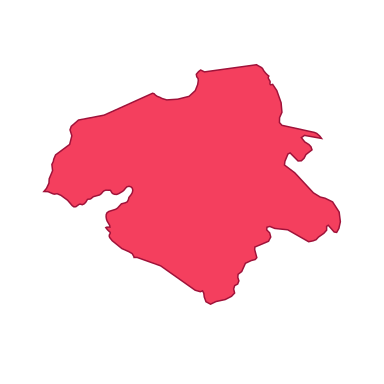 the border of Kordestan, rotated 341°
{"feature_id": "IRN-3241", "entity_name": "Kordestan", "entity_type": "Province", "adm_level": 1, "iso_a3": "IRN", "parent_name": "Iran", "parent_adm1": "", "projection": "natural_earth1", "projection_center": [46.82, 35.623], "detail": "fine", "context": "isolated", "style": "filled", "palette": "rose", "viewbox_px": 384, "rotation_deg": 341, "n_neighbors": 0, "source": "natural_earth", "source_scale": "10m", "svg_char_len": 2553}
<svg xmlns="http://www.w3.org/2000/svg" viewBox="0 0 384 384"><g transform="rotate(341 192 192)"><path d="M77.4,168.1L75.5,167.6L74.3,165.9L71.7,159.3L67.0,152.5L63.9,149.7L61.1,149.2L59.8,148.3L56.0,144.8L52.1,143.3L55.6,141.2L59.6,137.1L61.3,133.0L67.1,126.5L68.5,120.3L70.8,118.0L72.0,115.9L75.1,112.5L91.8,107.2L96.7,99.7L96.9,93.5L99.2,90.6L108.1,87.0L133.9,90.7L186.9,85.8L188.2,86.8L188.9,88.4L190.3,90.3L192.4,92.0L194.2,93.9L198.1,96.7L208.7,99.6L220.4,100.6L228.1,97.2L232.4,92.2L234.2,88.7L234.7,86.7L234.0,84.6L234.4,82.1L237.4,80.3L239.9,79.5L242.9,82.5L294.6,92.7L294.9,93.3L298.2,96.9L298.9,98.2L299.3,100.7L300.3,103.5L301.5,106.0L302.4,107.4L301.4,108.4L301.2,109.6L301.8,112.6L301.7,113.5L301.2,114.3L300.9,115.2L301.1,116.1L301.5,116.3L303.3,116.5L305.2,123.7L305.3,136.6L303.0,145.9L299.0,150.2L297.3,154.8L298.7,158.2L327.1,175.5L329.0,177.2L331.0,180.7L331.9,183.5L316.8,175.1L313.1,176.2L314.9,181.3L318.0,185.2L319.2,187.9L319.2,191.2L311.9,193.7L308.9,196.6L305.6,198.1L302.4,197.2L297.5,187.0L295.1,187.3L289.8,193.3L288.2,196.6L295.4,207.3L306.5,232.3L311.6,238.5L315.8,241.2L321.7,247.1L324.6,258.9L322.6,268.4L319.0,274.3L315.6,277.3L313.4,276.1L310.0,267.8L308.1,268.3L306.9,271.9L303.2,274.0L296.9,275.8L293.8,277.5L290.6,277.6L286.1,277.0L270.2,258.9L258.4,253.4L254.4,249.9L251.4,249.7L250.3,252.1L252.1,255.9L251.8,260.2L248.3,263.5L233.5,264.5L232.5,266.9L231.9,275.2L229.8,276.4L225.7,276.1L219.3,276.8L213.1,283.4L208.8,284.8L207.5,287.6L207.4,291.3L205.2,293.9L201.9,294.4L199.8,297.2L199.4,301.4L195.4,303.5L188.4,304.5L179.1,303.4L173.0,304.1L169.5,300.3L169.4,295.3L170.2,291.5L169.8,288.9L167.4,289.0L163.0,285.9L138.3,251.6L118.8,236.0L115.9,235.0L116.1,234.5L115.4,230.8L112.9,227.9L107.3,222.7L100.7,212.1L99.4,208.4L99.3,207.2L99.6,206.2L100.1,205.4L101.0,204.7L101.4,204.2L101.5,203.7L101.4,203.2L101.0,202.6L99.8,200.2L98.9,197.6L99.4,197.5L99.9,197.5L103.0,198.5L103.3,196.7L102.3,191.8L102.3,189.7L102.7,187.5L103.5,185.5L104.8,184.0L107.0,183.3L114.1,183.5L116.3,183.0L121.4,180.2L125.5,180.5L127.6,180.2L129.2,178.7L130.6,176.6L133.7,174.6L135.4,173.1L136.6,171.0L136.8,169.0L136.0,167.3L134.3,166.1L132.1,165.9L130.3,166.8L128.5,168.0L126.6,168.8L122.2,169.7L120.0,169.8L117.9,168.9L117.1,168.2L116.4,167.5L116.0,166.6L115.5,164.0L115.0,163.6L114.3,163.4L111.1,162.2L109.4,162.2L107.7,162.8L105.8,164.0L103.7,164.7L97.2,164.3L93.9,165.5L92.8,165.4L91.7,165.0L90.7,165.0L88.2,167.1L86.2,168.1L84.1,168.3L82.4,167.1L81.3,166.9L77.4,168.1Z" fill="#f43f5e" stroke="#9f1239" stroke-width="1.5"/></g></svg>